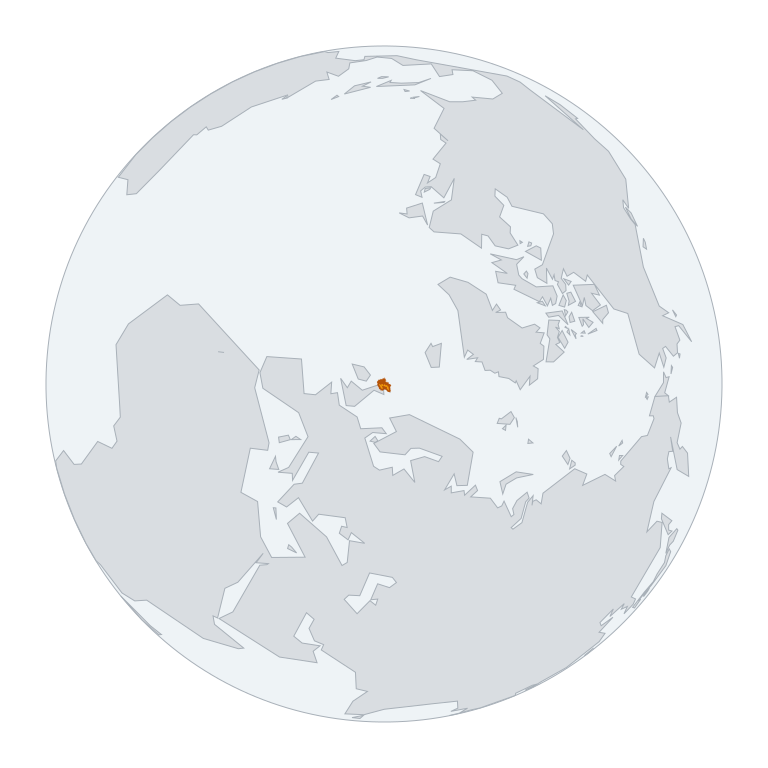 Highland on an orthographic globe, rotated 95°
{"feature_id": "GBR-2745", "entity_name": "Highland", "entity_type": "Unitary District", "adm_level": 1, "iso_a3": "GBR", "parent_name": "United Kingdom", "parent_adm1": "", "projection": "orthographic", "projection_center": [-5.279, 57.587], "detail": "fine", "context": "on_globe", "style": "filled", "palette": "amber", "viewbox_px": 768, "rotation_deg": 95, "n_neighbors": 0, "source": "natural_earth", "source_scale": "10m", "svg_char_len": 15124}
<svg xmlns="http://www.w3.org/2000/svg" viewBox="0 0 768 768"><g transform="rotate(95 384 384)"><circle cx="384" cy="384" r="338" fill="#eef3f6" stroke="#a8b0b8"/><path d="M65.1,495.9L58.0,472.1L58.7,468.6L56.7,458.0L63.6,460.5L64.4,440.8L62.7,432.2L59.3,431.6L55.8,399.7L58.2,380.0L66.5,288.4L71.4,274.7L77.9,264.8L113.3,207.6L82.8,248.6L90.4,232.9L102.5,214.3L103.2,216.3L121.4,195.6L132.6,180.6L158.9,161.0L187.7,155.6L179.6,162.2L187.5,160.7L198.2,152.6L203.3,147.7L244.9,135.8L282.4,116.6L288.2,106.6L291.7,112.4L298.7,91.5L315.1,81.2L300.2,95.5L301.5,99.1L314.5,93.1L318.6,95.6L327.3,94.3L331.1,98.1L322.0,106.8L324.3,109.5L333.4,105.2L342.9,106.7L329.2,112.5L344.4,115.9L332.1,132.4L292.5,147.3L289.2,161.6L257.7,191.0L264.1,192.1L256.2,204.8L260.7,211.0L253.6,215.3L263.3,216.7L268.9,211.7L275.1,210.8L278.3,214.1L269.7,219.9L266.9,219.1L266.0,222.6L260.4,224.1L265.0,225.3L254.3,232.3L269.5,230.5L264.7,240.5L256.4,243.8L251.4,236.6L219.7,228.2L209.7,230.3L200.6,240.0L195.8,272.0L187.2,277.6L179.9,290.2L187.2,289.9L195.6,280.2L207.5,283.4L216.4,271.7L222.5,271.5L234.0,262.7L238.5,271.7L236.7,285.3L227.4,293.3L226.3,299.7L240.2,298.7L227.8,320.5L228.1,347.4L224.2,352.6L207.5,350.0L194.7,332.9L173.0,331.9L193.3,340.6L183.3,354.2L184.2,360.1L188.4,364.3L194.7,362.4L192.6,369.1L171.7,362.3L173.3,356.2L179.9,358.2L173.8,350.5L159.7,347.1L155.7,354.8L138.6,343.2L135.5,348.8L130.1,349.7L136.1,341.4L124.9,356.4L104.2,348.2L88.5,373.2L97.1,343.2L96.0,330.3L93.3,317.4L90.5,321.2L90.6,300.4L84.1,291.5L72.0,302.9L64.2,322.6L65.0,343.6L69.7,342.3L72.9,355.5L61.0,364.8L65.0,392.9L59.0,404.8L58.9,419.4L63.3,429.9L67.1,446.0L73.1,446.6L81.4,456.2L78.2,468.1L85.4,465.2L88.2,478.5L106.8,504.6L104.5,505.3L119.6,540.3L141.4,568.2L146.4,581.2L143.3,583.5L152.1,592.2L152.3,595.5L191.9,627.3L216.0,647.3L217.9,656.7L202.8,656.9L201.2,666.7L177.4,651.4L177.5,651.5L158.8,635.9L141.3,619.1L125.0,601.0L110.1,581.8L96.5,561.6L84.5,540.5L74.0,518.5L65.1,495.9ZM83.3,379.3L88.3,417.5L80.9,403.3L83.1,404.3L82.8,392.9L80.7,375.7L75.5,363.8L83.3,379.3ZM95.7,379.5L94.5,373.8L96.3,378.5L95.7,379.5ZM204.9,145.2L198.0,152.2L186.8,158.9L192.1,152.7L204.9,145.2ZM226.8,134.2L224.7,137.9L216.2,138.3L220.0,136.1L226.8,134.2ZM291.5,99.2L285.0,103.1L289.8,98.6L291.5,99.2ZM327.8,93.5L328.3,91.7L332.6,91.9L327.8,93.5ZM230.8,258.5L232.3,260.6L229.4,261.1L230.8,258.5ZM234.3,252.9L229.8,252.0L230.7,249.2L233.5,249.8L234.3,252.9ZM342.3,97.9L349.0,99.0L340.6,99.3L342.3,97.9ZM239.6,254.6L233.1,244.4L234.9,239.7L247.0,238.0L239.6,254.6ZM351.9,100.6L368.3,103.6L370.9,99.7L372.8,113.0L358.3,105.7L347.5,106.6L353.0,103.6L351.9,100.6ZM269.4,208.7L263.5,214.1L265.5,206.5L269.4,208.7ZM269.1,204.1L266.4,183.1L276.7,177.1L275.5,185.2L286.4,175.3L292.8,182.6L288.2,189.7L280.3,192.0L288.7,193.1L269.1,204.1ZM371.3,120.1L373.9,122.3L369.5,121.7L371.3,120.1ZM277.7,209.8L276.2,205.9L285.0,200.4L289.6,207.2L285.3,206.8L277.7,209.8ZM286.2,169.3L293.5,166.6L300.7,171.7L304.5,171.4L293.8,182.3L286.2,169.3ZM284.9,209.7L291.6,210.8L290.4,216.6L279.7,213.3L284.9,209.7ZM285.4,196.2L289.8,193.9L288.8,197.4L285.4,196.2ZM289.7,238.4L287.7,233.5L292.1,230.1L289.7,238.4ZM294.2,210.9L294.6,208.9L296.2,207.1L300.2,209.1L294.2,210.9ZM299.6,185.3L301.0,188.1L304.3,181.1L309.8,184.9L301.7,191.6L307.5,190.4L309.2,191.6L300.7,195.7L299.6,185.3ZM308.9,205.8L300.5,216.1L303.1,225.7L299.3,228.9L295.7,212.9L308.9,205.8ZM304.8,199.4L306.5,204.0L300.9,205.5L296.2,203.3L304.8,199.4ZM316.5,185.3L310.1,177.6L312.1,176.5L316.5,185.3ZM310.8,208.2L312.8,205.7L311.7,208.7L310.8,208.2ZM316.0,191.9L313.5,189.3L315.8,188.0L316.0,191.9ZM318.9,203.1L316.2,206.3L312.9,204.8L318.9,203.1ZM318.5,197.7L322.3,196.6L313.4,202.3L317.0,196.7L318.5,197.7ZM318.6,191.1L319.2,189.6L319.3,192.4L318.6,191.1ZM332.7,207.1L322.3,214.7L315.2,211.2L326.3,204.3L332.7,207.1ZM698.4,260.2L700.9,268.4L706.9,284.4L706.8,284.2L708.6,290.2L705.3,280.2L699.7,272.5L704.3,288.9L700.5,282.2L693.5,283.2L698.2,307.2L708.0,355.4L715.2,375.2L716.0,394.2L702.7,387.3L691.7,373.7L690.0,385.1L673.7,387.3L654.4,423.3L648.9,421.4L645.9,430.9L634.0,437.4L624.5,433.1L618.6,441.3L643.1,451.9L649.2,443.0L650.4,424.9L656.4,431.3L667.5,426.4L665.1,464.3L632.0,527.9L624.2,514.7L575.3,491.9L574.2,485.0L573.8,484.4L573.0,483.5L573.2,495.8L563.2,489.6L594.2,512.3L601.4,524.7L631.6,529.4L629.9,534.1L638.2,531.9L659.3,500.7L660.4,506.0L653.2,541.8L620.0,601.6L621.8,613.4L615.0,626.8L588.7,650.7L585.3,655.3L570.8,665.5L569.2,666.7L545.8,680.6L521.4,692.7L496.1,702.8L489.3,704.4L478.2,697.4L491.1,685.7L490.1,678.5L466.2,664.2L471.8,649.4L464.2,645.0L449.3,649.6L440.0,643.8L430.6,645.1L368.2,654.4L346.4,643.8L314.1,607.5L323.4,594.0L320.4,575.7L380.9,509.6L399.0,512.5L452.6,493.4L460.2,494.1L459.6,511.6L504.4,517.1L512.1,499.7L547.0,493.6L566.6,480.8L563.4,447.5L531.3,468.0L520.1,456.8L541.3,427.9L568.5,410.0L565.0,405.1L543.1,404.7L544.4,389.3L534.9,403.6L542.4,406.2L536.6,415.5L529.4,413.8L530.2,408.2L520.6,411.0L519.4,437.7L526.8,443.2L504.7,459.3L515.0,470.3L510.7,479.6L491.7,464.8L489.9,456.7L458.5,443.2L458.5,453.0L488.0,466.7L481.0,467.6L481.1,481.9L475.4,471.7L443.1,455.1L420.0,466.5L398.8,504.3L383.5,508.6L366.9,503.1L366.3,468.4L400.5,462.8L400.7,451.3L386.7,436.3L398.3,436.1L396.7,429.6L409.0,426.7L419.2,407.9L430.6,403.3L427.8,382.3L433.3,377.4L433.3,391.0L439.5,398.4L466.9,387.2L470.2,381.0L466.2,368.5L474.3,367.3L466.9,356.7L479.4,344.7L458.0,350.8L452.8,337.2L456.6,322.9L451.0,319.8L444.8,343.1L445.8,351.6L452.7,356.9L452.0,382.0L444.1,389.0L430.3,367.5L417.4,375.4L412.3,356.0L432.3,303.6L444.1,289.3L477.7,292.2L478.9,302.5L467.4,306.3L484.2,314.4L479.9,308.1L486.6,307.5L483.2,295.0L487.8,294.0L476.8,284.1L482.0,281.5L488.9,287.8L488.5,268.1L497.5,260.0L495.2,256.1L490.2,254.2L505.1,245.7L502.7,243.2L496.9,245.0L488.5,241.4L479.3,232.0L485.0,229.5L489.0,232.6L506.0,235.7L516.0,244.8L517.4,242.9L510.1,234.5L489.3,230.6L482.2,225.7L492.0,226.0L487.9,225.5L486.1,222.3L489.7,217.0L478.9,216.1L451.8,186.6L456.0,174.1L467.7,177.3L454.8,156.0L460.5,144.8L455.1,146.3L445.3,137.9L443.4,141.2L440.1,141.4L414.0,122.9L412.3,117.1L395.0,112.0L392.2,113.0L392.6,116.8L372.8,113.0L370.9,99.7L377.2,98.2L371.7,91.4L386.9,89.2L397.0,84.6L416.9,86.9L423.1,83.5L420.2,81.3L426.4,75.6L449.5,72.4L443.7,84.5L411.7,93.9L425.9,90.5L426.5,94.3L433.9,95.2L443.6,92.9L442.4,90.7L477.5,104.9L508.4,109.2L496.9,100.1L497.7,94.9L522.9,94.6L574.6,119.1L576.2,114.7L581.7,116.6L592.0,124.9L584.4,122.2L587.7,128.0L581.8,125.5L595.9,138.7L588.1,135.9L602.8,148.1L605.9,146.6L596.4,135.6L612.6,148.1L613.1,142.1L621.9,147.2L650.6,177.7L666.6,201.2L669.4,204.9L671.2,210.0L680.6,225.9L682.8,226.1L698.4,260.2ZM366.5,546.1L366.3,552.1L366.5,546.1ZM602.0,404.9L615.2,390.8L601.1,379.1L605.1,373.0L598.8,371.5L600.1,378.4L583.6,372.9L586.4,360.8L580.7,354.3L575.9,358.8L573.5,381.9L597.0,389.7L597.4,400.7L602.0,404.9ZM107.5,505.3L109.3,510.6L106.0,506.6L107.5,505.3ZM77.6,406.1L79.7,412.2L80.1,417.1L78.0,413.2L77.6,406.1ZM101.6,454.2L105.2,461.5L100.4,456.0L101.6,454.2ZM89.6,423.2L98.6,448.8L89.5,439.3L84.2,423.2L89.2,431.4L89.6,423.2ZM89.9,384.0L90.8,388.5L88.9,389.7L89.9,384.0ZM97.1,382.9L96.4,381.7L96.9,378.0L97.1,382.9ZM184.5,354.6L186.1,355.3L189.3,360.6L185.7,360.0L184.5,354.6ZM216.3,373.5L212.2,383.8L212.6,375.8L206.8,376.8L200.4,361.6L221.9,354.4L213.3,360.2L216.3,373.5ZM197.9,340.1L199.5,350.1L196.9,339.5L197.9,340.1ZM376.3,398.3L382.7,401.9L381.3,410.1L366.9,417.4L368.7,405.3L376.3,398.3ZM392.1,405.1L382.4,382.6L391.0,377.7L387.8,384.2L394.5,383.2L391.1,393.4L408.8,411.3L408.8,419.8L382.1,427.7L390.9,420.2L384.0,416.9L392.1,405.1ZM342.5,338.8L338.5,330.4L362.3,330.4L363.4,338.4L349.1,345.8L339.4,340.7L342.5,338.8ZM262.2,254.3L259.1,252.0L261.5,250.2L266.1,250.7L262.2,254.3ZM288.4,236.4L278.3,262.8L274.2,261.4L273.2,279.2L262.0,282.6L263.1,270.8L253.7,287.1L250.2,277.9L245.1,289.5L248.6,262.9L245.0,255.7L253.2,262.3L263.6,259.3L267.0,255.8L274.0,240.8L271.5,224.3L281.3,219.2L288.9,220.0L291.0,223.1L284.0,225.4L291.9,228.0L283.3,233.7L288.4,236.4ZM372.5,239.1L363.5,239.2L377.8,247.8L369.3,252.6L371.5,253.3L367.6,260.2L366.6,270.1L361.9,271.1L363.6,274.5L361.0,279.4L361.7,284.5L353.5,288.3L353.7,295.0L349.7,293.0L352.3,303.7L346.7,297.5L342.9,303.6L350.3,306.3L304.4,316.8L289.5,326.9L280.1,338.9L271.8,327.4L275.4,309.2L285.6,290.0L301.2,282.4L294.6,278.9L300.1,274.3L303.0,279.0L301.9,269.1L307.2,266.7L316.2,251.3L311.3,239.2L314.5,233.5L319.1,237.0L319.1,228.9L329.9,231.9L332.4,228.0L345.6,227.3L353.0,236.8L355.3,231.8L365.4,231.4L372.5,239.1ZM336.5,207.3L347.2,217.0L347.8,224.5L324.6,222.7L320.8,225.8L305.9,225.4L305.4,214.6L309.7,215.7L313.7,214.2L312.3,218.1L316.4,213.9L322.5,215.3L327.4,212.5L329.6,216.3L336.5,207.3ZM465.5,485.8L470.7,484.8L478.3,481.4L478.4,490.6L465.5,485.8ZM443.3,474.8L447.6,472.5L451.6,483.2L446.1,484.4L443.3,474.8ZM446.6,462.2L447.5,471.5L443.8,467.2L446.6,462.2ZM437.0,388.3L441.1,385.2L442.9,387.8L442.1,392.9L437.0,388.3ZM413.4,267.8L408.1,266.2L408.5,264.0L400.4,255.1L406.1,251.2L413.2,255.0L413.4,267.8ZM559.9,456.3L556.3,465.7L552.4,464.9L554.5,461.8L559.9,456.3ZM516.9,480.9L528.4,479.4L516.9,483.5L516.9,480.9ZM418.2,262.1L414.3,258.8L419.6,258.9L418.2,262.1ZM409.9,247.9L415.5,247.0L405.9,249.7L409.9,247.9ZM618.2,627.6L618.7,627.1L631.6,611.7L645.1,595.8L653.0,583.9L653.5,586.5L640.1,604.5L618.2,627.6ZM715.9,375.5L719.3,378.8L719.1,386.8L715.9,375.5ZM672.7,209.1L676.9,216.8L675.4,214.9L669.1,204.1L672.7,209.1ZM628.7,152.2L634.6,157.6L637.4,160.6L636.5,160.2L628.7,152.2ZM461.1,227.4L466.0,243.7L473.2,253.7L483.2,256.1L471.2,260.0L460.0,244.7L461.1,227.4ZM452.4,191.7L443.6,190.3L445.9,186.7L448.2,186.5L452.4,191.7ZM448.2,193.8L440.3,200.1L434.4,196.5L441.8,192.2L448.2,193.8ZM429.7,230.5L430.7,235.5L426.4,235.2L429.7,230.5ZM573.2,106.9L570.6,106.4L564.1,101.7L567.7,103.4L573.2,106.9ZM540.4,87.4L561.5,100.3L577.9,111.9L575.9,109.5L585.3,114.9L584.8,116.9L568.6,106.5L557.2,98.4L549.5,95.4L537.4,89.0L530.6,88.3L523.4,85.5L526.0,83.8L540.4,87.4ZM528.2,88.5L512.0,86.7L502.6,79.7L504.0,78.5L515.4,82.1L519.7,85.5L528.2,88.5ZM505.4,84.3L509.3,87.8L494.1,95.9L488.5,95.9L495.1,85.3L499.3,88.2L504.7,87.7L505.4,84.3ZM376.4,120.5L374.1,122.2L373.8,119.6L376.4,120.5ZM439.3,143.5L434.7,143.2L434.4,140.0L439.3,143.5ZM421.9,141.1L425.4,144.8L419.4,141.9L421.9,141.1ZM433.6,153.1L425.7,146.8L436.6,151.4L433.6,153.1Z" fill="#d9dde1" stroke="#a8b0b8" stroke-width="1"/><path d="M383.9,389.6L384.0,389.4L384.4,389.3L384.9,389.1L384.4,389.3L384.1,389.1L384.5,388.5L384.1,388.9L384.0,389.2L383.9,389.2L383.6,389.5L383.0,390.2L382.7,390.4L382.4,390.2L382.5,390.0L382.3,390.1L382.1,390.1L381.6,389.7L381.9,389.5L382.2,389.7L382.4,389.2L382.8,389.3L383.1,389.3L382.8,389.3L382.5,389.1L382.0,389.4L381.3,389.2L381.1,389.3L380.9,389.2L381.1,388.9L381.6,388.8L381.8,388.7L382.1,388.9L382.0,388.7L382.5,388.7L382.2,388.6L382.5,388.4L382.8,388.2L382.7,388.2L382.5,388.3L382.4,388.3L382.5,388.1L381.9,388.1L382.2,388.0L382.1,387.9L382.2,387.5L382.5,387.3L382.8,387.6L383.2,387.5L382.9,387.5L382.7,387.4L382.7,387.2L382.4,387.1L382.6,386.7L382.8,386.7L383.1,386.9L383.6,386.8L383.5,386.7L383.2,386.8L383.0,386.7L382.7,386.5L382.9,386.2L383.0,385.9L383.5,386.1L383.3,385.8L383.5,385.6L383.4,385.5L383.0,385.8L382.8,385.7L382.6,385.8L382.6,385.7L382.8,385.4L383.3,385.3L383.4,385.1L383.5,385.0L383.4,385.0L383.1,385.3L382.9,385.3L383.0,385.2L382.9,385.0L382.6,385.3L382.3,385.4L382.3,385.1L382.3,384.9L382.2,384.8L382.1,384.5L382.2,384.2L382.3,384.2L382.2,384.0L382.3,384.0L382.9,384.4L383.3,384.3L383.0,384.2L382.8,384.2L382.7,384.1L382.5,383.7L382.3,383.7L382.4,383.4L382.6,383.3L382.8,383.3L382.6,383.1L382.3,383.1L382.3,382.5L382.4,382.3L382.7,382.3L382.8,382.4L382.8,382.8L383.0,382.9L382.9,382.8L383.0,382.8L383.0,382.6L382.8,382.3L382.9,382.2L383.0,382.0L383.3,382.4L383.5,382.2L384.2,382.5L383.9,382.2L383.6,382.0L383.6,381.9L383.7,382.0L383.7,381.9L383.9,382.1L384.1,382.1L384.3,382.2L384.7,382.5L384.6,382.3L384.2,382.0L384.3,381.9L384.2,381.8L384.0,381.7L383.7,381.5L383.8,381.5L383.7,381.4L383.5,381.1L383.9,381.2L384.0,381.1L384.0,380.9L383.9,380.8L384.1,380.7L383.8,380.5L383.9,380.4L383.6,380.1L384.0,380.1L384.3,380.1L384.5,380.0L384.9,380.1L385.1,380.2L384.9,380.1L385.1,380.0L384.8,380.0L384.7,380.0L384.4,379.8L384.3,379.5L384.4,379.4L384.4,379.1L384.7,379.3L384.8,379.3L384.7,379.2L384.7,378.9L384.9,379.0L384.5,378.7L384.8,378.4L384.8,377.9L385.4,378.0L385.5,378.3L385.4,378.5L385.5,378.4L385.5,378.0L385.9,378.3L385.7,378.6L385.6,378.9L386.1,378.5L386.1,378.2L386.3,378.2L386.6,378.3L386.6,378.5L386.4,378.9L386.5,378.8L386.6,378.6L386.9,378.4L387.0,378.3L387.3,378.3L387.7,378.2L387.8,378.0L388.3,378.2L388.5,378.1L388.9,377.9L389.2,377.8L389.3,377.8L389.6,377.9L389.9,377.9L389.7,377.6L389.8,377.5L390.4,377.6L390.5,377.7L390.9,377.7L390.9,378.0L390.6,378.4L390.7,378.6L390.8,378.6L390.6,379.3L390.4,379.7L389.9,379.9L389.5,380.5L388.6,381.2L388.5,381.5L388.0,381.8L387.7,381.7L387.8,381.9L388.0,381.9L388.0,382.1L388.0,382.3L387.8,382.3L387.7,382.4L387.3,382.3L387.1,382.4L386.8,382.1L387.0,382.4L387.4,382.4L387.5,382.5L387.6,382.4L387.9,382.6L388.1,382.5L388.3,382.7L388.7,382.3L388.7,382.5L388.1,383.3L388.0,383.2L387.9,383.1L387.5,383.4L387.1,383.4L387.1,383.6L386.8,383.8L386.7,384.0L387.4,383.5L387.7,383.5L388.0,383.4L388.0,383.6L387.7,383.9L387.7,384.0L387.2,384.2L387.4,384.3L387.3,384.5L387.9,384.1L388.5,383.9L388.8,383.7L388.9,384.0L389.0,384.0L389.0,384.3L389.1,384.8L389.0,385.0L389.1,384.9L389.6,384.7L389.8,384.9L390.0,384.9L390.0,385.2L389.7,385.6L389.8,385.7L389.8,386.0L389.9,386.3L389.6,386.4L389.3,386.7L388.9,387.0L388.9,387.5L388.8,387.8L388.5,387.9L388.3,387.7L388.2,388.0L387.5,388.0L387.1,388.4L387.1,388.5L386.9,388.5L386.7,388.8L386.5,388.6L386.4,388.8L386.3,389.1L386.2,389.2L386.2,389.3L385.9,389.4L385.8,389.6L385.1,389.5L384.8,389.6L384.7,389.8L384.4,389.6L383.9,389.6ZM379.9,385.4L379.5,385.3L379.4,385.0L379.3,384.8L379.2,384.7L379.4,384.7L379.4,384.4L379.8,384.8L379.8,384.7L379.7,384.5L379.8,384.4L379.9,384.5L379.8,384.3L379.6,384.2L379.7,383.8L379.9,384.0L380.0,384.2L380.2,384.4L380.4,384.4L380.3,384.6L380.4,384.4L380.7,384.7L380.5,384.2L380.6,383.9L380.4,383.6L380.6,383.5L380.7,383.3L381.2,384.0L381.3,384.6L381.2,384.9L381.1,385.1L381.3,385.0L381.3,385.3L381.4,385.5L381.2,385.6L381.6,385.6L381.5,385.8L381.9,385.9L382.0,386.0L382.4,385.8L382.8,385.9L382.8,386.2L382.7,386.3L382.4,386.5L382.2,386.8L381.9,387.2L381.7,387.3L381.6,387.2L381.7,386.8L381.9,386.5L382.2,386.3L381.7,386.4L381.6,386.1L381.6,386.3L381.5,386.5L381.4,386.7L381.3,386.3L381.2,386.3L380.7,386.5L380.8,386.2L380.6,386.3L380.5,386.1L380.4,386.0L380.2,385.6L380.4,385.5L380.7,385.7L380.4,385.4L380.2,385.4L380.3,385.3L380.2,385.3L380.2,385.2L379.9,385.1L379.9,385.4ZM380.6,387.1L380.9,387.3L380.8,387.7L380.6,387.8L380.5,387.6L380.2,387.4L380.5,387.1L380.6,387.1ZM381.5,385.4L381.5,384.9L381.7,384.7L381.7,384.4L381.7,384.5L381.8,384.5L381.7,385.0L381.7,385.4L381.5,385.5L381.5,385.4ZM381.8,385.8L381.7,385.7L381.8,385.6L381.8,385.8ZM379.7,387.1L380.0,387.0L379.9,387.1L379.7,387.1ZM381.8,384.4L381.7,384.3L381.8,384.1L381.8,384.4Z" fill="#f59e0b" stroke="#b45309" stroke-width="1.5"/></g></svg>